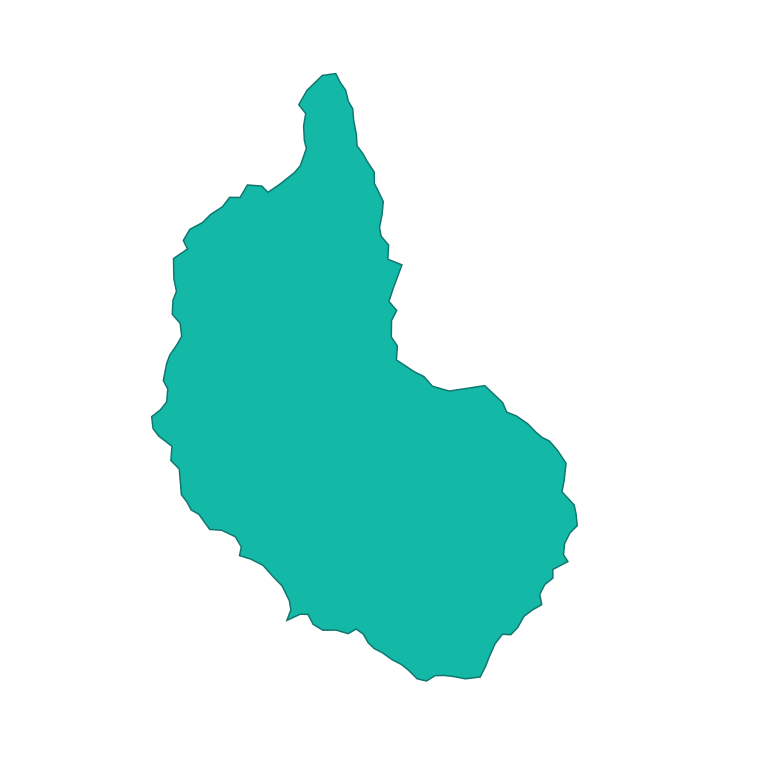 the district of Santa Helena, Paraíba, Brazil, rotated 27°
{"feature_id": "56859067B39303550604854", "entity_name": "Santa Helena", "entity_type": "district", "adm_level": 2, "iso_a3": "BRA", "parent_name": "Brazil", "parent_adm1": "Paraíba", "projection": "robinson", "projection_center": [-38.585, -6.713], "detail": "fine", "context": "isolated", "style": "filled", "palette": "teal", "viewbox_px": 768, "rotation_deg": 27, "n_neighbors": 0, "source": "geoboundaries", "source_scale": "gbopen_adm2", "svg_char_len": 1898}
<svg xmlns="http://www.w3.org/2000/svg" viewBox="0 0 768 768"><g transform="rotate(27 384 384)"><path d="M191.8,518.6L198.5,528.6L207.0,532.7L223.4,535.8L228.8,548.9L240.2,552.7L253.7,574.6L262.0,578.6L269.4,583.8L278.3,584.2L294.7,592.7L305.7,588.0L320.9,587.6L330.8,593.9L333.2,602.5L344.7,600.5L358.6,600.5L371.8,605.7L384.9,610.2L398.0,620.0L403.5,627.4L404.8,638.7L413.9,627.1L420.9,623.8L429.9,630.3L441.4,631.1L452.8,625.1L465.4,622.7L470.4,615.0L479.0,616.2L487.5,621.8L495.4,624.2L504.4,624.2L516.7,626.0L526.6,626.0L535.5,627.8L547.5,631.6L556.7,629.3L562.0,620.6L569.8,616.4L578.6,613.1L590.4,609.7L602.7,601.4L602.7,588.9L601.7,580.2L600.9,565.2L603.1,553.2L610.8,549.8L613.7,540.2L614.1,527.7L618.6,518.3L624.7,509.0L618.3,500.7L618.3,489.8L622.6,480.2L618.6,472.6L628.5,458.7L621.5,454.7L617.3,444.0L617.3,432.3L620.5,422.5L614.2,412.7L608.4,405.5L600.6,402.6L591.5,399.3L588.3,388.1L582.2,372.0L568.7,364.4L557.5,359.8L548.9,359.8L541.2,358.0L530.1,354.2L516.7,352.4L506.0,353.3L498.3,346.8L474.5,339.7L445.3,360.7L437.7,362.2L428.1,364.0L416.3,359.3L404.8,359.3L384.1,356.9L378.7,344.1L369.2,338.8L361.9,324.0L361.9,312.7L350.9,308.2L348.7,293.9L345.9,269.7L330.8,271.1L325.0,258.1L314.4,253.7L308.9,246.5L305.4,234.0L300.5,221.7L290.6,214.2L284.4,209.7L279.1,199.6L267.3,192.9L260.7,188.4L251.8,184.0L245.9,173.9L237.5,163.2L231.2,153.0L223.9,148.3L216.4,139.6L208.3,135.3L200.1,129.3L188.9,137.1L182.1,157.2L181.3,173.9L191.5,178.6L195.2,190.5L202.5,203.2L207.9,209.4L210.3,227.5L208.3,236.2L200.4,253.4L193.6,265.9L185.3,263.1L171.9,268.7L171.1,283.1L161.7,287.8L159.6,299.4L152.6,311.5L148.9,322.7L140.8,334.3L140.0,347.2L147.6,352.9L139.5,367.8L148.9,385.4L157.0,395.7L158.0,405.3L163.7,418.0L174.8,422.5L182.1,433.3L181.6,443.5L180.0,455.4L181.0,464.3L185.8,481.1L193.6,486.6L198.5,498.7L196.5,508.5L191.8,518.6Z" fill="#14b8a6" stroke="#0f766e" stroke-width="1.5"/></g></svg>